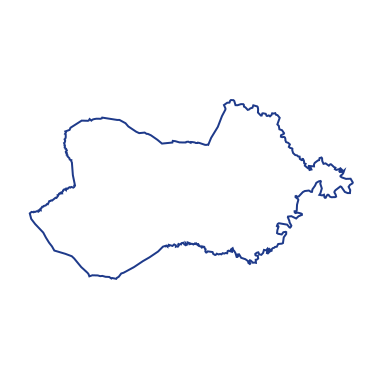 outline of Phana, Amnat Charoen, Thailand, rotated 277°
{"feature_id": "78962969B53965297473531", "entity_name": "Phana", "entity_type": "district", "adm_level": 2, "iso_a3": "THA", "parent_name": "Thailand", "parent_adm1": "Amnat Charoen", "projection": "orthographic", "projection_center": [104.854, 15.662], "detail": "fine", "context": "isolated", "style": "outline", "palette": "blue", "viewbox_px": 384, "rotation_deg": 277, "n_neighbors": 0, "source": "geoboundaries", "source_scale": "gbopen_adm2", "svg_char_len": 6041}
<svg xmlns="http://www.w3.org/2000/svg" viewBox="0 0 384 384"><g transform="rotate(277 192 192)"><path d="M231.9,340.4L230.3,339.0L229.9,336.3L230.4,335.8L231.4,336.1L231.7,337.7L232.3,338.1L233.6,336.4L232.6,335.3L231.5,332.4L232.1,331.0L233.6,331.4L234.0,330.0L236.4,326.7L236.4,325.9L234.8,324.6L236.7,321.1L236.0,319.1L238.6,317.5L241.3,317.0L242.0,316.3L241.2,314.5L239.1,314.3L238.6,313.1L235.9,310.3L234.2,309.7L232.3,310.0L232.1,304.8L231.6,304.8L231.5,305.9L230.8,306.7L228.9,307.8L228.2,306.0L229.7,305.2L229.7,304.2L231.9,300.8L233.8,301.3L234.1,299.9L236.6,299.3L238.3,298.2L238.3,297.6L237.1,297.5L237.0,296.9L238.0,295.0L240.2,294.5L240.2,293.1L241.1,291.9L241.3,289.9L243.0,287.6L245.7,286.4L247.1,286.4L247.5,285.9L247.7,284.0L248.6,282.6L251.2,283.3L252.5,281.5L253.0,279.3L254.9,278.3L255.8,278.3L257.4,277.6L257.9,276.6L257.4,274.8L257.7,273.5L259.1,273.4L260.9,276.0L261.6,276.2L264.3,273.8L264.9,271.1L268.2,270.1L269.5,268.5L276.3,270.0L278.7,267.5L278.9,266.0L280.4,265.0L279.8,263.5L279.9,262.0L278.1,261.5L276.6,260.2L277.4,258.9L276.7,257.7L276.7,256.8L278.6,255.6L278.8,252.8L278.5,252.2L276.4,251.8L276.3,251.0L278.9,247.8L282.4,247.5L284.3,246.9L284.9,246.3L285.5,242.3L283.0,241.7L282.1,239.7L280.8,238.5L280.3,237.3L282.5,234.7L283.1,233.2L284.9,232.8L285.4,232.2L285.2,229.9L283.7,226.7L283.5,224.6L287.6,222.8L288.2,221.9L288.0,219.4L287.3,218.8L285.3,218.3L284.9,216.1L282.2,213.1L279.1,215.0L277.8,215.1L271.0,212.5L259.8,209.7L248.1,204.4L240.9,202.4L241.1,201.9L240.6,201.0L240.4,199.2L241.6,193.3L241.7,191.8L241.3,191.6L241.1,189.8L241.5,188.7L241.6,186.3L241.5,184.8L240.7,184.7L241.5,182.1L241.0,180.2L240.4,179.8L239.7,173.6L240.4,169.2L240.4,166.7L238.7,166.5L236.4,156.3L239.6,151.3L243.3,144.3L244.3,141.1L244.2,139.8L245.2,137.8L244.0,132.4L245.0,129.3L249.3,120.8L252.2,117.6L254.7,111.2L254.4,109.1L254.9,93.8L254.1,93.5L253.5,92.1L253.1,88.2L252.4,85.9L251.7,84.4L250.6,83.4L251.9,81.5L250.4,80.8L250.0,80.1L249.4,73.8L241.0,63.6L238.7,62.9L236.7,58.9L235.8,59.6L234.2,58.9L233.9,59.6L231.1,60.0L229.6,59.8L228.8,59.1L227.3,59.9L225.1,59.5L224.9,59.1L223.2,59.9L222.6,59.8L222.3,60.3L220.6,60.2L220.2,60.9L219.4,61.2L219.4,61.8L218.0,62.7L216.7,61.8L215.7,62.1L215.8,62.8L215.3,63.1L213.6,63.1L213.4,63.9L212.2,64.1L210.7,66.1L209.3,66.7L208.9,68.4L208.1,68.3L206.6,69.2L194.2,71.7L184.4,75.0L184.1,74.4L183.4,74.8L182.6,74.4L181.9,73.7L182.3,71.5L181.5,70.6L181.8,69.9L181.1,68.9L180.0,68.2L180.1,67.1L178.8,66.8L179.5,66.3L178.8,65.9L179.1,64.9L177.8,63.8L177.0,63.8L175.6,62.8L174.8,63.2L174.7,62.7L175.5,62.0L174.4,60.6L174.1,60.9L173.8,60.2L172.9,59.9L172.5,59.0L171.7,59.4L169.6,58.2L169.7,57.3L166.4,54.1L166.6,53.3L165.7,52.4L165.6,51.5L162.3,50.4L162.4,49.6L160.8,48.4L160.1,46.6L159.4,46.3L159.1,45.1L157.8,44.6L157.1,43.8L155.5,44.1L155.8,43.0L155.2,42.8L155.1,42.0L154.7,42.0L154.4,42.5L153.7,41.9L154.1,40.5L153.0,38.5L153.2,37.6L152.6,37.2L152.7,35.2L151.0,33.6L145.7,35.7L141.1,40.2L133.6,49.3L128.9,52.6L124.3,56.3L121.0,59.6L117.1,62.5L115.2,73.8L113.6,80.5L111.7,83.1L104.0,91.2L99.0,98.2L97.9,99.3L95.8,100.4L97.2,103.3L97.7,108.7L97.3,111.1L97.8,113.3L97.3,116.5L97.6,120.2L96.3,122.5L96.9,123.1L96.6,127.4L97.6,127.9L98.9,129.6L102.5,131.7L103.5,133.9L110.5,143.7L117.4,151.7L122.0,157.8L128.8,165.6L134.2,169.8L135.5,172.7L135.1,172.8L135.4,173.3L134.8,174.3L135.6,174.2L135.7,175.6L136.7,175.5L136.1,179.2L137.8,180.7L137.1,182.4L135.8,182.6L136.2,183.2L136.0,184.6L137.2,185.3L138.1,184.7L138.7,184.9L138.3,185.8L138.9,186.7L138.7,187.5L140.0,187.9L140.6,189.7L140.0,189.8L139.0,190.9L139.2,191.8L138.7,191.7L138.4,192.3L138.8,192.8L140.3,192.3L139.5,193.4L140.2,193.6L140.5,194.7L141.3,194.3L140.8,196.3L140.0,196.2L140.6,198.3L140.1,199.7L140.6,200.1L140.7,201.2L141.3,201.2L141.5,202.3L141.0,202.4L140.9,203.1L140.3,203.7L141.0,204.0L141.1,204.5L140.0,205.2L139.8,205.7L139.2,205.7L139.0,207.4L138.3,208.2L139.2,208.6L138.5,209.4L139.2,210.3L139.0,210.9L137.0,211.9L136.8,212.5L134.6,212.5L133.7,213.3L133.7,213.8L135.0,214.9L134.9,219.7L133.1,220.7L132.3,222.6L132.6,223.3L133.8,224.1L133.3,226.0L133.9,227.4L133.7,228.8L135.0,229.9L134.8,231.5L135.5,232.6L135.5,234.4L137.7,234.6L138.2,235.3L137.5,239.1L138.0,239.2L139.1,237.8L139.7,237.6L141.2,239.2L139.2,240.2L138.6,241.1L136.6,242.6L133.0,244.2L133.1,245.0L134.2,245.8L135.0,244.8L135.5,244.8L135.9,246.3L132.7,248.8L131.8,253.2L130.2,256.0L128.5,256.6L127.6,258.2L128.1,258.6L130.0,257.1L131.3,257.8L131.0,258.8L129.2,261.1L129.6,262.4L129.5,264.1L132.5,263.5L132.8,264.6L134.0,265.8L136.6,265.1L136.8,263.0L137.3,262.5L138.4,262.4L139.8,264.0L140.2,265.2L138.3,266.3L138.1,268.5L140.2,270.0L143.3,270.5L143.1,272.7L145.0,273.9L143.6,274.8L144.9,275.6L144.5,276.2L143.6,276.0L142.0,273.8L140.5,273.8L140.3,274.8L142.5,276.5L143.4,278.2L144.9,278.1L146.1,279.0L146.7,280.4L147.6,281.1L148.0,282.8L150.9,283.9L151.7,287.5L152.4,288.5L158.2,288.6L161.8,290.6L163.7,290.4L163.9,289.9L163.2,287.6L160.8,286.2L161.0,282.7L161.6,281.4L164.6,281.4L168.0,282.1L168.5,281.8L168.2,280.9L168.5,280.4L170.8,281.0L171.6,282.1L171.2,290.4L168.7,293.1L168.6,293.7L169.7,294.5L170.7,294.7L173.8,292.5L175.1,292.2L178.6,290.2L179.3,290.3L180.1,293.6L178.4,298.6L180.9,300.7L182.7,303.9L183.6,303.7L184.0,302.7L184.4,299.3L183.7,297.2L184.6,296.3L185.4,296.2L185.7,297.9L186.6,298.2L192.2,297.8L197.2,298.5L197.8,298.2L199.5,295.4L200.5,295.3L200.8,295.8L200.1,297.2L200.5,298.4L205.4,302.0L206.7,303.8L207.7,307.8L206.6,310.2L206.8,311.1L209.3,311.2L213.2,313.3L216.3,314.3L218.0,316.5L218.6,318.1L218.3,318.6L215.9,318.3L211.4,320.4L206.3,319.6L204.7,318.8L204.5,321.6L205.4,323.3L202.8,324.2L202.4,324.8L202.6,325.4L205.2,326.4L205.9,327.2L205.8,327.9L204.3,329.3L203.8,330.9L204.4,334.8L205.0,335.6L206.9,334.9L208.9,333.4L209.9,333.4L211.3,334.2L215.6,338.6L215.3,339.6L210.7,343.7L209.9,346.6L210.2,348.9L213.2,348.8L216.2,346.8L218.3,347.9L220.1,350.2L221.1,350.4L224.5,347.8L223.8,343.2L224.7,339.1L225.5,337.5L226.3,337.5L227.7,339.0L229.1,339.8L231.9,340.4Z" fill="none" stroke="#1e3a8a" stroke-width="2"/></g></svg>